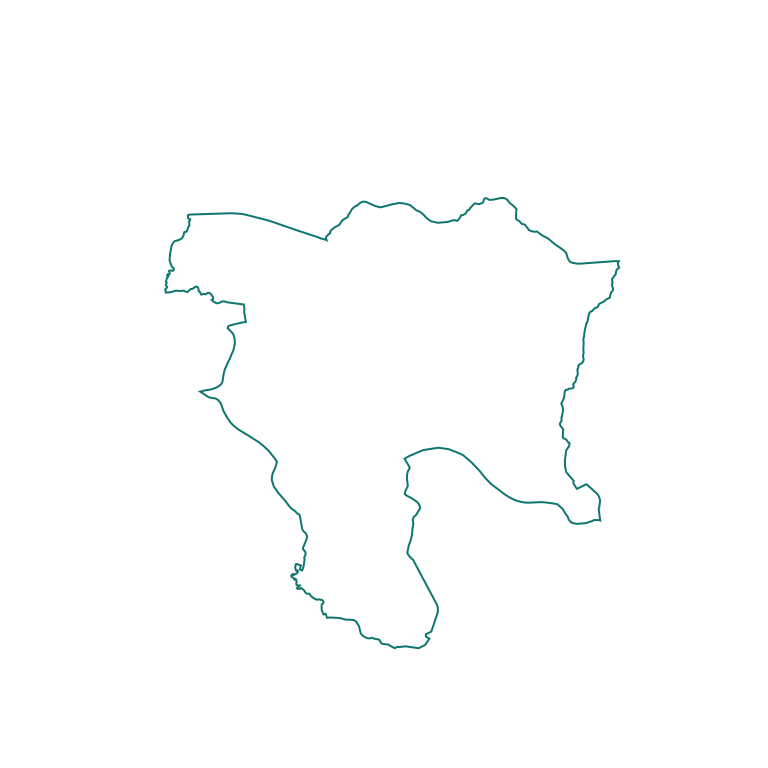 outline of Kampong Tralach, Kâmpóng Chhnang, Cambodia, rotated 122°
{"feature_id": "14789045B48550542527991", "entity_name": "Kampong Tralach", "entity_type": "district", "adm_level": 2, "iso_a3": "KHM", "parent_name": "Cambodia", "parent_adm1": "Kâmpóng Chhnang", "projection": "orthographic", "projection_center": [104.762, 11.974], "detail": "fine", "context": "isolated", "style": "outline", "palette": "teal", "viewbox_px": 768, "rotation_deg": 122, "n_neighbors": 0, "source": "geoboundaries", "source_scale": "gbopen_adm2", "svg_char_len": 6166}
<svg xmlns="http://www.w3.org/2000/svg" viewBox="0 0 768 768"><g transform="rotate(122 384 384)"><path d="M568.9,212.7L550.7,217.0L548.8,217.6L547.5,218.2L545.3,219.8L543.2,222.0L517.7,266.2L516.9,270.7L515.7,273.4L514.7,274.9L507.5,277.5L502.8,278.4L497.2,280.3L491.0,283.5L487.2,284.9L484.0,287.6L482.8,288.1L480.1,288.2L478.3,287.4L470.1,287.5L468.0,289.7L466.5,293.1L466.2,300.3L466.7,306.6L466.3,308.1L464.6,308.9L457.7,309.8L452.6,314.1L449.3,316.1L445.4,317.6L442.9,317.6L441.1,318.0L436.5,327.0L431.4,324.3L428.4,322.0L424.7,319.7L419.0,315.4L409.3,304.2L405.0,294.7L403.4,286.4L402.4,279.3L404.1,268.1L407.3,256.1L410.0,248.5L412.1,239.9L413.6,223.3L413.7,219.1L413.4,213.9L412.5,208.7L410.0,202.0L408.3,198.9L401.1,188.4L399.3,185.2L395.4,176.7L394.1,173.3L395.3,166.2L396.9,163.2L399.3,157.7L401.1,155.6L402.2,151.5L400.6,146.6L397.7,142.6L395.3,139.4L390.0,134.9L388.0,133.7L385.6,129.8L385.2,128.3L376.4,135.6L374.1,136.3L368.6,138.8L366.2,141.1L364.8,143.4L364.0,145.7L361.7,159.0L363.0,160.1L370.7,164.8L368.0,170.7L365.6,171.9L362.5,181.8L361.8,183.1L358.5,186.3L353.7,189.7L344.7,193.9L343.5,194.3L338.5,194.1L335.8,195.4L335.7,197.2L334.6,199.9L334.8,202.2L334.7,204.0L327.4,208.1L325.8,212.6L324.8,213.6L323.2,214.0L321.1,213.9L318.1,215.9L317.0,216.0L315.0,216.9L312.1,217.7L308.8,220.3L306.6,223.3L302.8,223.6L299.9,224.2L298.6,224.7L295.1,226.6L292.6,226.7L291.5,225.2L290.0,224.7L288.3,222.4L287.0,221.5L285.9,221.5L284.8,222.4L284.2,223.4L282.9,223.5L280.9,222.8L279.8,223.2L278.1,223.3L277.1,224.3L274.1,224.5L271.4,225.9L269.3,227.7L268.0,227.7L266.5,228.2L265.8,228.9L263.7,228.5L261.4,227.3L258.7,227.2L257.1,227.8L255.4,229.7L251.2,231.6L249.4,233.1L243.8,236.2L240.0,238.9L238.5,239.2L233.1,241.8L228.5,243.4L225.7,244.4L223.4,244.5L215.9,247.3L213.7,247.4L211.7,246.1L209.0,245.7L207.4,245.1L206.8,244.2L205.0,243.5L202.5,244.0L201.6,243.7L197.6,241.3L194.2,240.2L191.3,238.3L186.5,239.9L183.7,239.5L182.1,240.0L179.9,242.4L178.5,243.6L176.4,244.1L175.5,245.4L174.1,246.3L172.1,245.9L171.0,246.2L168.3,245.6L166.4,246.5L163.6,247.3L162.7,246.8L160.7,246.2L158.8,248.8L157.5,249.8L155.5,249.9L156.7,252.3L177.7,281.0L179.6,284.0L181.4,288.5L181.8,290.5L181.3,292.3L179.8,295.0L176.4,298.8L175.4,302.5L174.9,313.5L173.8,320.7L173.7,323.0L174.2,328.1L173.6,335.0L175.1,336.9L176.3,339.9L176.6,342.6L174.2,349.0L175.2,352.2L174.1,355.7L174.3,357.8L173.9,359.6L168.4,362.9L165.5,364.2L164.3,368.6L164.0,372.6L162.2,378.0L162.9,381.2L164.5,383.7L168.6,387.8L170.5,390.0L172.0,392.1L172.1,395.0L172.8,396.7L174.0,397.0L176.7,396.4L178.1,396.4L181.0,398.6L182.8,402.8L188.4,404.0L191.5,404.2L192.7,405.3L194.6,405.1L196.5,405.3L198.8,406.5L200.2,408.1L201.8,407.7L203.2,407.7L206.9,408.4L207.6,410.8L208.5,412.1L212.7,415.7L218.7,423.7L221.0,430.1L221.0,433.1L220.4,437.1L219.4,440.4L218.9,444.4L219.5,448.7L218.5,456.5L219.1,459.1L220.6,463.4L222.5,467.2L227.5,472.5L236.1,480.6L237.8,486.1L239.0,495.0L239.7,497.2L240.8,498.8L243.7,500.5L245.7,500.9L250.0,503.2L253.0,503.8L257.9,503.6L259.6,503.9L261.5,503.2L266.4,505.8L269.5,506.2L272.7,506.2L277.7,509.1L281.7,510.3L283.3,510.4L284.2,509.8L285.2,509.7L286.1,510.4L287.8,510.5L289.0,511.0L290.6,510.8L292.5,508.9L292.7,510.6L294.3,515.5L294.3,517.0L299.6,538.4L306.4,568.1L314.0,591.9L315.3,595.1L319.9,603.7L342.7,637.7L344.4,639.7L346.4,638.7L347.3,637.8L347.0,635.6L348.0,635.1L349.6,635.5L351.3,633.9L352.7,633.0L355.3,633.1L356.5,632.6L359.4,632.2L361.1,633.8L364.7,632.7L366.9,632.5L368.1,632.8L371.0,634.6L372.8,636.4L374.6,637.6L376.2,637.7L379.4,637.4L387.3,634.2L392.8,631.4L396.6,626.7L397.3,623.8L398.4,622.8L399.9,623.0L400.4,624.5L401.9,626.3L403.6,624.5L404.5,624.1L405.7,625.6L406.8,625.4L406.3,624.2L407.6,623.9L408.6,624.2L409.9,624.0L413.0,623.0L413.2,622.0L414.2,621.9L415.8,621.2L416.6,619.3L417.8,619.2L419.7,619.7L422.1,617.4L419.2,613.6L415.4,610.3L413.0,606.0L410.9,603.1L410.7,600.6L410.1,599.4L405.7,598.1L405.1,597.1L403.3,596.1L401.9,595.7L400.7,594.7L400.6,593.3L401.1,592.4L403.4,590.2L403.6,588.5L404.7,587.2L405.0,586.2L403.0,584.6L402.6,582.9L399.9,581.6L399.3,580.1L399.6,577.9L400.9,575.1L401.9,574.3L403.1,574.0L404.1,574.6L404.4,573.0L404.4,569.9L403.9,568.0L402.7,566.9L399.6,564.9L398.6,563.1L397.5,559.5L390.9,545.1L393.5,542.7L397.6,540.3L404.6,534.0L407.2,537.1L415.4,545.2L417.7,546.8L419.6,546.1L419.9,543.8L421.4,538.7L423.1,536.3L425.3,534.3L428.6,532.0L435.4,529.5L440.1,529.0L444.6,528.0L447.0,528.0L456.2,526.7L460.4,525.3L467.5,522.3L469.4,521.9L472.5,522.5L476.2,524.5L479.3,526.9L481.4,529.0L482.9,531.1L487.9,535.9L488.1,526.4L487.6,523.9L485.5,519.1L485.5,516.2L486.8,512.2L491.9,505.9L495.4,499.6L497.9,494.1L498.8,490.5L499.8,484.0L499.6,471.5L499.7,459.2L500.5,453.0L501.9,446.0L504.7,438.0L506.7,433.5L512.6,431.9L519.4,430.9L522.1,429.8L524.8,428.3L529.2,423.3L532.2,416.5L535.3,406.1L538.0,399.2L538.7,396.6L538.8,392.8L539.8,388.8L539.6,386.7L540.6,385.3L550.7,376.1L551.4,374.7L552.2,370.9L554.0,368.4L557.1,367.3L565.0,366.0L566.9,365.4L567.6,362.9L568.6,361.1L570.4,360.1L573.5,359.7L574.4,358.7L575.8,357.8L577.0,357.6L578.8,356.5L582.6,355.2L585.4,354.6L585.9,356.4L585.5,357.3L581.9,358.3L582.1,359.6L582.6,360.8L582.6,362.1L583.5,363.3L585.2,362.6L586.3,362.4L588.4,360.4L588.9,359.3L587.9,358.6L588.3,357.8L589.4,357.5L590.8,357.6L594.0,359.5L593.3,360.5L594.3,361.0L595.9,361.0L596.5,360.3L596.6,357.7L597.3,356.2L596.2,355.9L596.3,355.0L598.4,353.0L599.5,352.8L601.0,351.4L599.6,348.8L603.4,349.6L603.6,348.7L602.4,348.2L602.4,346.7L600.9,346.4L601.3,342.5L602.4,340.4L602.7,338.2L601.4,336.1L602.4,333.9L602.9,331.4L602.7,326.9L600.8,324.6L600.7,323.4L599.9,322.2L600.7,319.8L602.4,319.4L603.6,319.9L604.5,319.8L608.9,316.9L611.5,313.2L609.8,311.7L612.5,308.4L610.8,306.3L607.3,300.1L605.4,296.3L604.9,293.8L603.6,290.6L602.1,288.3L600.3,284.7L600.2,281.9L602.5,277.0L607.9,271.5L608.7,268.8L608.9,267.0L608.2,263.0L607.3,261.2L605.8,260.2L605.1,257.7L604.8,255.9L603.9,254.4L603.4,252.6L605.2,249.0L605.1,247.3L602.7,242.3L602.7,239.0L602.3,234.9L599.7,233.3L599.1,231.8L595.1,226.8L589.7,214.6L583.5,210.9L575.9,210.5L576.0,214.6L574.1,215.9L568.9,212.7Z" fill="none" stroke="#0f766e" stroke-width="2"/></g></svg>